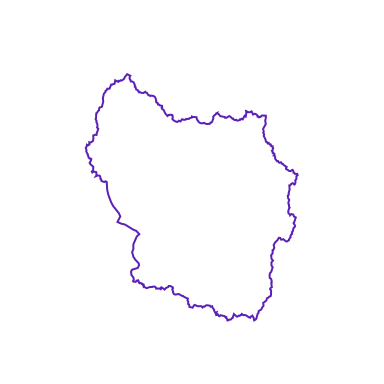 outline of Thayet, Magway, Myanmar, rotated 221°
{"feature_id": "60261553B17186200244276", "entity_name": "Thayet", "entity_type": "district", "adm_level": 2, "iso_a3": "MMR", "parent_name": "Myanmar", "parent_adm1": "Magway", "projection": "orthographic", "projection_center": [95.047, 19.416], "detail": "fine", "context": "isolated", "style": "outline", "palette": "violet", "viewbox_px": 384, "rotation_deg": 221, "n_neighbors": 0, "source": "geoboundaries", "source_scale": "gbopen_adm2", "svg_char_len": 6024}
<svg xmlns="http://www.w3.org/2000/svg" viewBox="0 0 384 384"><g transform="rotate(221 192 192)"><path d="M312.6,183.8L310.6,183.0L309.8,181.8L308.5,181.5L306.6,179.8L306.0,178.4L304.2,178.2L302.3,173.6L301.5,172.5L302.7,171.6L303.6,169.9L301.4,167.6L300.2,165.4L300.9,162.9L302.2,162.2L300.6,160.6L301.1,160.0L300.9,159.4L301.2,158.7L302.2,158.6L301.5,157.7L301.1,155.5L299.3,154.6L298.4,153.2L295.2,152.0L295.1,151.6L293.3,150.8L293.0,150.3L291.2,150.0L290.4,150.8L289.7,150.9L288.9,149.5L288.4,146.9L287.8,146.9L287.1,146.3L283.1,146.3L280.9,143.6L280.9,141.5L280.0,141.3L279.7,142.8L277.3,144.2L275.1,142.1L274.9,140.9L274.0,142.6L272.8,143.5L271.8,143.7L269.4,141.7L268.9,142.0L267.4,140.9L264.6,142.1L264.4,143.2L263.0,143.7L257.4,138.0L253.3,135.0L246.5,131.3L242.4,129.7L233.3,128.0L230.1,126.5L228.6,120.5L224.8,121.6L221.1,123.5L211.9,125.0L208.4,126.1L204.1,125.6L204.5,122.2L201.9,114.0L198.8,110.4L197.7,107.3L193.3,104.4L191.9,104.3L191.2,103.8L185.4,103.2L184.0,102.1L183.1,99.1L186.3,94.0L185.8,92.0L183.4,89.7L179.8,88.9L178.4,87.5L178.1,86.1L177.3,86.0L175.6,87.2L175.6,88.6L175.3,88.6L174.8,90.0L173.5,89.6L173.3,89.1L171.8,88.7L171.5,89.4L169.6,90.1L169.4,89.6L168.6,89.6L168.6,90.1L167.8,90.4L167.3,90.1L167.3,89.5L166.3,88.8L166.2,89.3L165.8,89.1L163.2,89.6L161.4,92.7L159.6,94.3L159.1,95.4L157.7,96.3L156.2,96.1L155.6,95.6L153.3,97.8L151.8,98.1L152.1,99.1L152.6,99.3L152.7,99.9L152.4,100.1L148.7,100.4L148.7,102.4L147.6,104.7L147.9,105.8L146.6,106.9L143.9,107.4L143.2,107.0L143.1,105.6L140.8,104.4L140.6,103.8L138.5,103.1L137.1,103.8L135.3,106.2L131.3,107.1L130.7,107.6L129.0,107.7L125.1,108.8L124.3,107.2L123.0,106.8L121.4,104.9L120.4,105.2L118.5,103.6L115.7,105.1L116.1,107.9L115.9,108.6L113.0,109.4L109.9,112.0L108.3,111.8L108.4,112.8L107.4,113.5L107.1,115.4L106.4,116.4L103.8,118.0L102.6,117.7L101.8,119.0L100.8,118.2L98.1,117.7L97.3,116.9L95.2,116.1L94.5,117.4L93.9,115.7L93.0,115.0L92.4,115.6L92.2,116.6L90.5,116.1L89.7,116.3L89.6,117.8L85.8,119.7L84.3,120.0L84.4,119.4L82.0,119.2L81.1,118.3L80.7,118.4L80.3,119.7L79.0,121.4L79.0,123.4L78.7,123.7L80.3,127.4L76.6,127.3L76.0,127.7L75.6,129.4L74.8,129.8L74.6,131.1L74.0,131.6L74.4,132.6L72.1,133.0L71.0,134.1L70.3,134.4L67.0,134.7L65.6,135.3L66.0,136.4L65.3,137.4L65.3,138.3L63.0,137.5L60.9,135.9L60.4,137.2L60.3,138.4L62.6,143.3L62.6,144.6L63.6,145.9L62.6,148.9L63.3,150.8L63.3,153.0L65.5,155.0L64.7,158.6L65.7,161.2L65.0,162.5L65.1,163.6L64.3,165.0L64.9,166.2L67.7,169.6L69.4,169.9L69.7,171.1L69.3,172.6L71.9,174.7L72.0,175.4L72.9,175.9L73.0,176.7L75.2,178.3L76.9,178.1L79.2,180.5L79.9,182.1L79.8,183.7L81.8,188.2L83.5,188.5L84.7,189.6L85.9,191.1L85.9,193.4L88.1,193.7L90.8,196.2L90.9,198.5L93.0,201.0L92.6,201.4L93.3,203.9L95.6,205.6L96.2,208.6L95.9,211.7L96.4,214.4L95.3,215.2L93.5,214.5L92.2,215.9L92.1,216.3L88.6,216.4L87.9,216.9L87.2,219.2L87.7,219.8L88.0,222.7L88.7,223.2L89.2,224.8L88.9,226.1L90.3,227.2L90.1,228.3L91.7,231.4L91.6,233.6L93.3,234.8L94.6,234.9L95.0,235.3L95.1,236.4L97.0,240.9L98.9,240.4L100.8,241.4L102.5,240.6L102.7,238.8L103.4,239.3L105.1,239.2L106.7,240.5L108.1,243.6L108.0,244.2L109.2,244.6L110.5,246.1L111.5,246.3L112.7,247.9L113.4,249.8L115.6,250.5L117.3,252.1L117.2,253.5L118.1,254.2L120.0,258.0L122.9,260.8L122.2,261.7L122.4,263.2L121.9,264.7L119.6,264.8L119.5,265.6L120.3,267.3L121.6,268.4L121.8,270.3L123.6,272.5L123.3,274.0L124.5,274.7L126.3,273.2L127.3,273.5L128.1,273.2L129.0,274.2L130.6,274.7L131.1,273.8L131.2,272.5L132.5,271.6L134.5,271.5L135.9,271.0L136.8,271.7L137.0,273.0L140.5,272.5L141.7,272.8L142.7,272.3L144.4,272.8L145.1,271.5L145.7,271.3L147.4,271.8L147.9,271.0L151.2,271.7L152.0,272.8L153.7,273.8L154.2,273.4L154.3,274.2L155.0,274.9L156.1,274.4L156.4,274.8L157.0,274.6L157.5,275.3L158.7,275.5L158.7,276.9L159.4,277.5L159.6,278.5L161.4,278.9L161.4,279.2L162.4,278.6L163.5,278.8L164.0,280.4L163.8,279.2L165.6,278.9L166.4,279.4L166.9,279.1L167.0,278.4L168.1,278.9L169.3,278.5L171.0,279.9L174.7,281.4L175.3,282.8L177.1,283.4L177.2,284.3L179.8,286.4L180.9,291.7L183.6,293.9L185.2,296.9L186.0,297.3L186.4,298.0L189.2,295.8L189.6,295.2L189.4,294.3L189.7,293.3L190.4,293.0L190.5,292.2L192.1,291.9L192.4,292.6L194.3,292.8L195.9,292.3L196.8,290.5L199.6,291.9L200.1,291.8L200.5,290.3L202.4,288.8L202.8,288.8L203.0,288.4L204.0,288.8L204.4,288.6L202.8,287.3L201.0,284.2L202.3,284.1L201.4,280.1L202.5,279.9L202.8,278.8L203.0,279.0L203.5,278.4L203.2,277.8L203.6,276.9L204.7,275.5L206.1,275.5L206.9,274.3L208.9,274.0L209.2,274.3L209.6,273.9L213.2,274.0L213.7,273.7L214.7,270.6L215.9,269.7L216.5,270.1L220.4,267.8L223.0,268.3L224.1,268.1L224.7,267.5L224.9,268.1L225.3,267.2L225.1,266.0L225.5,263.7L225.4,262.9L224.0,261.1L222.9,258.2L222.9,257.1L223.6,256.5L223.3,255.1L225.7,252.8L228.4,252.0L228.8,251.0L230.8,249.5L233.1,249.2L234.1,249.8L235.7,249.9L237.7,251.4L240.8,249.0L241.5,248.9L241.0,248.1L242.4,245.9L242.2,245.3L244.4,243.1L244.3,242.3L245.7,241.0L246.9,240.6L246.7,240.3L247.2,239.7L247.0,237.7L248.7,237.2L248.9,235.4L250.0,234.7L252.1,234.1L254.4,234.1L255.0,234.5L255.6,236.0L257.0,236.7L257.1,237.1L257.7,237.1L259.3,235.9L259.7,235.0L260.3,234.7L260.3,233.3L263.6,233.7L267.2,235.3L269.3,235.1L270.2,235.7L270.1,236.4L271.1,237.4L273.0,236.3L274.0,236.4L275.0,235.7L276.3,236.7L277.6,236.2L278.7,236.8L279.2,237.8L282.2,239.4L284.2,239.2L286.3,237.7L286.4,237.1L287.5,237.1L288.3,236.4L291.3,237.3L292.6,236.5L293.1,236.8L293.6,234.9L294.8,233.9L297.2,233.0L297.3,232.5L298.4,232.7L299.0,233.3L301.5,232.8L303.9,234.4L304.3,234.0L305.5,235.3L308.0,236.5L310.0,236.0L310.8,235.3L312.1,236.3L313.0,236.4L313.8,236.9L314.8,238.5L314.8,239.2L318.2,238.4L318.1,234.8L317.5,232.8L318.0,230.5L318.6,229.5L319.1,229.5L319.9,226.9L320.7,227.3L321.0,226.5L321.7,226.0L323.2,225.9L321.4,222.8L322.4,221.6L322.6,220.7L323.5,220.1L322.0,215.8L323.7,214.4L323.2,213.0L323.6,211.6L323.0,210.8L323.0,208.4L320.8,204.3L318.3,202.0L316.0,197.4L316.0,196.7L317.2,195.2L316.9,194.1L315.8,192.7L316.0,191.1L315.6,189.4L315.9,188.6L313.0,184.9L312.6,183.8Z" fill="none" stroke="#5b21b6" stroke-width="2"/></g></svg>